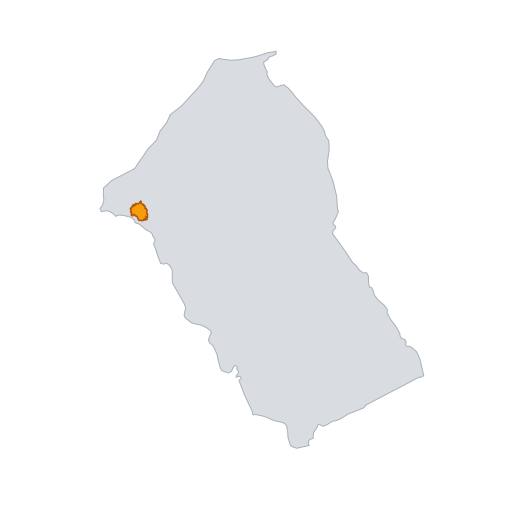 Adaklu, Volta, Ghana (highlighted), rotated 153°
{"feature_id": "2480657B20696154785284", "entity_name": "Adaklu", "entity_type": "district", "adm_level": 2, "iso_a3": "GHA", "parent_name": "Ghana", "parent_adm1": "Volta", "projection": "robinson", "projection_center": [0.49, 6.441], "detail": "fine", "context": "in_parent", "style": "filled", "palette": "amber", "viewbox_px": 512, "rotation_deg": 153, "n_neighbors": 0, "source": "geoboundaries", "source_scale": "gbopen_adm2", "svg_char_len": 6014}
<svg xmlns="http://www.w3.org/2000/svg" viewBox="0 0 512 512"><g transform="rotate(153 256 256)"><path d="M307.0,66.2L310.4,69.8L311.2,71.9L309.9,79.7L307.5,85.2L305.9,90.3L306.1,92.8L307.6,95.4L312.7,99.4L315.4,102.0L318.5,106.0L322.1,109.9L328.2,114.9L330.8,115.8L330.7,117.2L329.9,119.1L329.3,137.9L328.8,142.8L328.4,145.2L327.8,152.2L327.1,153.2L326.0,153.1L324.9,153.4L324.6,154.8L325.1,156.2L328.8,157.2L328.0,158.3L325.2,159.3L324.0,161.4L324.5,163.8L323.0,165.7L323.4,167.0L324.4,168.0L326.0,167.6L330.3,164.4L332.1,164.0L334.3,164.7L338.5,169.6L338.7,172.0L337.0,180.3L335.3,186.7L335.0,195.2L336.8,200.0L336.5,202.6L334.6,204.8L330.4,208.1L330.7,210.4L332.6,214.5L336.2,219.2L343.3,225.0L347.0,232.5L347.1,235.5L344.9,238.6L342.4,241.2L341.6,245.1L342.7,270.2L337.1,281.2L337.1,284.3L337.6,287.9L339.1,290.1L342.0,290.7L344.3,292.8L343.5,300.5L342.2,308.3L342.0,312.1L341.3,313.9L339.1,315.3L338.3,317.8L338.9,320.8L338.5,323.1L339.7,326.0L342.2,329.6L346.3,338.7L347.9,339.4L348.6,341.3L348.1,343.1L349.7,347.1L354.2,351.1L359.0,354.6L362.9,355.1L363.8,358.2L366.3,362.1L368.2,363.9L371.1,365.0L373.5,365.6L373.6,369.0L369.3,371.3L366.3,374.7L364.1,380.0L361.0,385.8L350.3,388.8L346.3,388.8L324.4,389.0L303.8,400.4L292.0,404.4L284.8,410.8L275.0,415.4L268.2,420.9L254.0,423.6L230.8,432.3L223.5,435.8L216.1,441.8L204.2,448.9L199.5,448.8L190.1,442.2L183.1,438.9L165.9,433.8L153.0,431.8L146.8,429.6L145.1,429.3L146.5,426.9L150.1,426.7L153.9,427.4L156.7,425.6L160.9,425.4L162.0,423.5L162.4,418.7L162.4,414.8L163.8,413.1L164.2,408.5L162.2,398.4L160.7,397.3L153.2,395.9L152.7,393.9L151.3,391.7L149.9,386.5L148.3,378.8L145.7,369.2L140.6,353.4L139.4,347.8L138.6,342.1L138.4,335.3L139.4,332.7L139.3,329.2L138.8,325.7L142.4,317.7L149.4,307.8L150.9,304.2L152.1,301.8L152.3,298.2L153.6,286.7L157.0,272.8L159.1,267.6L160.5,264.8L162.2,260.1L162.6,258.0L169.1,252.5L172.0,251.1L172.7,248.9L171.7,246.6L172.1,245.0L173.6,244.2L176.0,243.5L177.7,241.3L175.0,224.2L172.9,207.1L172.8,205.7L171.5,203.3L170.2,196.2L168.0,192.1L165.0,190.9L165.0,187.0L168.1,180.5L168.9,176.6L167.4,175.5L167.2,172.5L168.3,167.6L167.8,164.6L167.2,161.5L164.1,154.0L163.3,148.7L165.0,145.6L164.9,138.8L163.2,128.4L163.0,121.8L164.1,119.0L163.6,116.4L161.3,113.9L161.1,111.5L163.1,109.2L162.9,107.3L160.4,106.0L158.3,102.8L156.4,97.7L156.8,89.5L160.5,74.5L160.9,73.2L165.0,73.3L165.1,74.0L177.9,73.8L192.6,73.7L210.1,73.5L226.0,73.3L226.7,72.6L229.4,71.8L245.4,73.3L255.5,72.5L259.8,73.0L262.9,74.1L269.8,73.4L273.6,73.8L276.3,77.6L277.5,77.5L279.0,75.9L281.8,74.1L284.6,72.7L286.7,69.8L287.9,67.5L289.7,68.0L292.4,67.8L294.1,66.0L294.8,63.1L307.0,66.2Z" fill="#d9dde1" stroke="#a8b0b8" stroke-width="1"/><path d="M341.6,339.5L341.1,339.3L341.0,339.1L340.9,339.1L340.5,338.9L340.3,338.8L339.9,338.7L339.9,338.9L339.7,339.2L339.6,339.3L339.2,339.6L338.6,339.8L338.4,339.9L338.3,339.6L338.3,339.4L338.3,339.2L338.2,338.7L338.2,338.4L337.0,338.1L336.8,338.3L336.5,338.2L336.5,338.3L336.5,338.5L336.5,338.9L336.5,339.0L336.7,339.4L336.7,339.5L336.5,339.8L336.6,340.0L336.5,340.3L336.3,340.5L336.2,341.0L336.1,340.9L335.8,340.8L335.7,340.6L335.6,340.4L335.5,340.2L335.5,339.9L335.4,339.6L335.2,339.5L334.9,340.5L334.5,340.9L334.4,341.3L334.1,341.6L334.2,342.0L333.8,342.7L333.6,342.7L333.6,343.0L333.8,343.1L333.9,343.3L334.0,343.5L334.0,343.9L333.9,344.1L333.7,344.3L333.5,344.6L333.4,344.7L333.4,344.8L333.3,345.0L333.1,345.1L333.0,345.3L332.9,345.4L332.7,345.6L332.3,346.0L332.4,346.3L332.3,346.5L332.4,347.0L332.2,347.1L332.3,347.7L332.5,347.7L332.5,347.8L332.6,348.1L332.8,348.2L332.7,348.4L332.8,348.5L332.7,348.5L332.6,348.8L332.5,349.0L332.6,349.4L332.7,349.5L332.8,349.9L332.8,350.0L332.7,350.1L332.5,350.4L332.5,350.5L332.8,350.5L332.9,350.8L332.9,351.0L332.8,351.4L332.7,351.4L332.8,351.5L332.7,351.5L332.8,351.5L332.9,351.9L332.7,352.3L332.8,352.4L332.8,352.5L333.1,352.9L333.0,353.0L333.1,353.3L333.1,353.5L333.3,353.7L333.5,353.7L333.6,353.8L333.8,353.9L333.8,354.0L334.0,354.3L334.1,354.7L334.1,354.8L334.1,355.1L334.2,355.4L334.2,355.5L334.3,355.6L334.2,355.7L334.1,355.8L334.1,356.0L334.0,356.3L333.9,356.4L333.7,356.5L333.5,356.8L333.4,356.9L333.5,357.1L333.4,357.1L333.5,357.1L333.8,357.0L333.9,356.9L334.1,356.8L334.2,357.0L334.3,356.9L334.5,357.0L334.8,356.9L335.0,356.8L335.0,356.7L334.9,356.6L335.1,356.6L335.2,356.4L335.3,356.2L335.5,356.1L335.8,356.3L335.9,356.2L336.0,356.2L336.3,356.1L336.5,356.1L336.8,356.0L337.0,356.1L337.3,356.2L337.5,356.3L337.8,356.5L338.1,356.5L338.3,356.5L338.6,356.8L338.8,356.8L339.2,357.3L339.4,357.4L339.6,356.9L339.6,356.4L340.0,356.5L340.1,356.4L340.4,356.3L340.5,356.3L340.5,356.2L341.2,356.1L341.1,356.4L341.0,356.8L341.1,357.0L341.3,357.0L341.5,357.1L341.8,357.2L341.9,357.4L342.3,357.1L342.5,356.9L342.6,356.7L342.9,356.2L343.2,356.0L343.3,356.6L343.2,356.6L343.3,356.8L343.4,356.7L343.6,356.6L344.1,356.3L344.5,356.1L345.0,356.0L345.1,355.9L345.4,355.7L345.5,355.6L345.6,355.3L345.7,355.5L345.8,355.5L345.9,355.4L346.0,355.3L346.3,355.3L346.4,355.2L346.5,355.1L346.4,354.9L346.3,354.7L346.2,354.6L346.3,354.5L346.3,354.4L346.3,354.2L346.5,354.1L346.5,353.8L346.7,353.6L346.8,353.4L347.0,352.5L347.0,352.4L347.2,352.2L347.4,352.1L347.7,352.1L347.6,351.8L347.6,351.5L347.5,351.4L347.4,351.2L347.4,350.8L347.4,350.7L347.6,350.2L347.8,350.0L348.0,350.0L347.9,349.7L348.0,349.0L348.2,348.9L348.3,348.9L348.2,348.7L348.2,348.3L348.1,348.1L347.8,347.9L347.6,347.8L347.4,347.9L347.1,348.0L346.8,348.2L346.7,348.2L346.3,348.3L346.0,348.4L345.9,348.5L345.8,348.4L345.8,348.2L345.7,348.1L345.4,348.0L345.3,347.9L345.4,347.2L345.3,346.9L345.3,346.7L345.2,346.5L345.2,346.4L344.9,346.3L344.7,346.3L344.7,346.2L344.5,345.8L344.3,345.3L344.3,345.2L344.2,345.1L344.1,344.9L344.1,344.7L344.0,344.4L344.1,344.1L344.1,343.7L344.1,343.3L344.2,343.2L344.2,342.9L344.1,342.6L344.1,342.1L344.2,341.9L344.2,341.7L344.1,341.4L344.0,341.2L344.1,340.9L343.4,340.6L343.3,340.4L343.2,340.4L342.7,340.2L342.1,339.8L341.8,339.7L341.7,339.5L341.6,339.5Z" fill="#f59e0b" stroke="#b45309" stroke-width="1.5"/></g></svg>